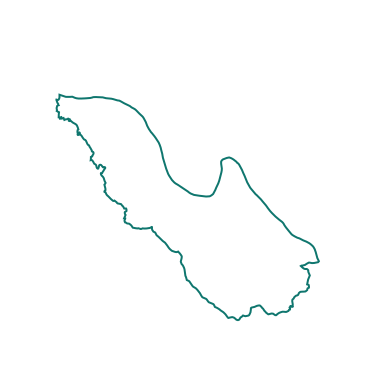 outline of Song Lo, Vĩnh Phúc, Vietnam, rotated 149°
{"feature_id": "81297802B72352297629850", "entity_name": "Song Lo", "entity_type": "district", "adm_level": 2, "iso_a3": "VNM", "parent_name": "Vietnam", "parent_adm1": "Vĩnh Phúc", "projection": "equal_earth", "projection_center": [105.409, 21.426], "detail": "fine", "context": "isolated", "style": "outline", "palette": "teal", "viewbox_px": 384, "rotation_deg": 149, "n_neighbors": 0, "source": "geoboundaries", "source_scale": "gbopen_adm2", "svg_char_len": 6001}
<svg xmlns="http://www.w3.org/2000/svg" viewBox="0 0 384 384"><g transform="rotate(149 192 192)"><path d="M231.6,81.8L230.1,79.6L228.9,77.2L228.5,75.9L227.0,72.7L226.3,69.9L226.1,67.3L225.9,65.7L225.7,65.3L225.2,65.1L224.6,65.0L222.6,64.3L221.9,64.0L221.5,63.6L220.7,62.6L220.4,61.9L219.7,59.6L218.6,58.5L217.3,58.3L216.8,58.5L215.1,59.4L214.8,59.5L214.3,59.4L212.8,59.6L212.0,59.9L211.8,59.8L210.8,58.6L210.1,58.0L207.6,57.1L207.0,57.0L206.4,57.1L205.8,57.4L203.8,58.8L202.1,60.9L201.3,62.1L200.8,62.2L200.3,62.2L197.6,61.3L195.1,61.0L193.8,60.6L192.7,60.1L192.2,59.6L191.7,57.9L191.5,56.2L191.2,55.5L191.1,52.6L190.8,51.9L190.7,50.7L190.2,49.3L189.6,47.9L189.2,47.7L186.5,46.9L185.3,46.1L184.1,43.6L183.4,43.1L182.9,43.1L181.7,43.4L179.4,43.5L177.3,43.1L176.2,42.8L175.3,42.3L173.4,40.9L172.7,40.6L170.6,40.4L169.4,41.1L168.6,40.8L168.1,41.3L167.8,42.1L167.8,42.8L167.6,42.9L167.0,43.0L166.3,43.5L165.9,43.2L165.7,42.3L164.9,41.8L164.6,41.9L164.5,42.0L164.9,42.5L163.7,43.5L163.3,44.3L162.4,46.6L161.7,47.7L161.1,48.1L159.8,48.3L158.6,49.1L156.7,49.5L155.9,49.5L155.2,49.2L153.9,49.2L152.5,50.3L151.1,50.6L150.3,50.5L149.6,50.2L148.4,49.5L146.2,48.4L145.8,48.3L143.8,48.6L142.7,49.8L142.0,49.9L141.3,49.7L141.0,49.9L140.7,50.2L140.1,51.5L139.9,52.4L140.9,53.5L137.6,57.1L134.0,59.8L133.5,63.3L133.1,64.4L132.7,65.0L132.8,65.8L133.0,66.4L133.3,66.9L134.9,67.9L135.6,68.8L136.2,70.3L136.8,72.5L136.0,72.5L134.9,71.9L134.0,71.7L132.9,71.3L130.0,71.4L128.2,71.3L127.7,71.0L125.8,69.3L124.0,68.3L120.1,66.9L118.9,67.3L118.6,70.8L116.9,76.8L116.6,78.3L116.3,79.6L116.2,81.8L116.3,83.1L116.7,84.6L117.2,86.2L117.9,87.8L119.5,90.5L121.6,93.3L123.8,96.9L125.3,98.6L126.9,101.2L128.1,103.5L128.5,104.8L129.1,108.8L129.7,113.2L129.9,115.9L129.8,117.6L129.9,118.7L130.2,120.0L131.5,123.3L133.1,128.0L134.4,133.2L134.9,135.9L135.3,139.5L135.3,139.9L135.5,142.4L136.4,147.9L136.7,150.1L138.2,156.2L138.6,157.3L139.7,164.2L139.9,165.8L139.7,171.9L138.6,178.9L138.3,181.8L137.8,185.1L137.6,189.1L137.5,191.3L137.7,192.7L138.2,193.6L138.4,195.1L139.7,198.5L140.5,200.0L141.2,201.1L142.4,202.5L144.8,203.3L148.7,204.0L149.9,203.8L151.2,203.2L151.9,202.2L152.6,200.9L154.3,196.8L155.3,195.3L156.7,193.7L162.7,187.8L165.0,185.9L169.2,183.1L170.9,181.8L174.9,179.4L177.1,179.1L179.0,179.2L180.6,180.0L182.3,180.9L187.6,185.0L191.8,188.5L194.0,191.5L194.9,193.4L195.3,194.6L200.5,205.6L201.7,207.8L202.3,209.4L203.0,212.6L203.2,217.9L203.1,219.9L202.1,225.4L199.3,236.3L197.8,240.2L196.8,243.7L196.0,246.2L195.4,249.1L195.1,251.5L195.3,257.0L195.5,259.3L196.0,263.0L196.3,264.3L196.5,268.4L196.3,271.9L195.6,275.8L195.4,279.6L195.4,281.2L195.6,282.4L196.7,286.2L197.8,290.9L198.4,292.6L199.7,294.8L200.2,295.6L201.0,297.7L204.4,302.9L206.2,306.1L207.2,307.7L208.8,309.0L211.8,312.3L213.2,313.6L217.4,316.7L219.8,319.1L225.8,323.1L227.9,324.2L229.0,324.4L230.8,325.0L235.0,327.1L238.9,329.2L241.3,330.7L242.8,331.9L243.9,333.1L245.5,335.3L248.0,336.6L251.2,338.6L255.5,343.6L256.9,341.3L257.8,340.4L258.9,339.9L259.4,339.9L259.8,340.1L260.6,341.0L260.8,340.8L261.4,337.8L261.4,336.2L261.7,335.7L261.7,335.1L262.3,335.3L263.3,335.2L264.7,333.8L265.1,333.1L265.5,331.9L265.8,331.3L266.2,331.1L265.6,329.8L265.1,329.3L264.9,328.8L265.9,327.6L267.8,324.7L266.5,323.8L265.4,323.5L265.5,322.8L267.3,323.6L267.5,322.9L265.7,321.9L264.0,321.6L264.3,319.5L262.8,319.3L261.3,318.6L260.4,318.7L259.5,317.4L260.6,316.8L260.9,316.5L260.8,316.2L260.2,315.7L259.3,315.8L259.2,315.2L258.4,312.9L256.8,310.1L256.4,308.8L256.4,308.2L256.7,306.1L257.2,304.1L258.1,304.0L258.9,303.1L259.4,302.2L259.8,301.0L260.0,300.6L260.5,300.1L260.5,299.9L260.4,299.6L259.2,299.2L259.0,299.3L259.2,300.1L259.2,300.8L259.0,301.2L258.6,301.3L258.0,301.2L257.7,300.7L258.1,299.5L258.1,298.8L257.7,296.9L257.7,294.8L257.5,293.0L257.3,292.4L256.7,291.6L256.5,290.5L256.9,287.3L256.9,286.2L256.3,285.1L256.3,284.5L256.5,283.8L256.4,282.4L256.5,279.2L256.8,278.7L256.8,278.4L256.7,277.9L256.2,277.4L256.1,276.8L256.3,276.1L256.8,275.5L257.5,275.0L258.9,274.4L259.2,273.9L259.6,273.9L260.6,274.1L261.8,272.2L262.4,271.5L262.0,271.4L261.5,271.0L261.2,270.4L261.1,268.6L261.2,267.5L261.2,266.5L260.5,265.3L260.4,264.9L260.4,264.1L261.0,262.4L261.1,261.4L261.0,261.0L260.8,260.6L260.3,260.4L259.4,261.1L257.9,262.6L257.2,262.8L256.6,262.6L256.0,261.9L255.9,261.4L255.6,259.1L255.4,258.9L254.6,258.8L253.8,257.9L253.9,257.4L254.3,257.0L255.1,256.8L257.3,255.6L258.6,255.0L259.3,254.5L259.9,254.6L260.3,255.0L260.6,254.8L260.9,254.1L261.0,252.9L260.9,252.3L260.6,251.3L260.5,250.6L260.5,249.3L261.2,246.6L261.4,244.3L262.4,243.7L263.3,243.4L264.4,239.7L265.0,238.5L265.3,238.1L266.2,238.0L266.8,237.6L267.0,237.2L266.9,236.9L266.3,236.3L266.6,233.9L266.4,232.6L266.0,231.5L265.1,227.6L264.2,225.0L263.6,224.6L262.9,224.6L262.2,222.8L261.9,222.1L261.9,221.4L261.7,220.6L259.2,218.3L259.0,217.9L258.9,216.5L258.5,215.0L258.6,212.7L257.0,211.8L257.0,211.5L257.3,210.5L257.9,209.5L258.2,209.4L259.8,209.4L260.1,209.2L260.7,208.0L260.9,206.8L260.8,206.5L263.6,204.5L263.1,204.2L262.8,203.8L263.0,203.5L264.4,202.5L264.9,201.5L265.0,200.6L264.7,200.5L264.1,198.9L263.5,198.2L262.3,197.3L262.0,196.8L261.3,194.8L261.2,194.1L261.2,193.1L261.1,191.9L259.1,190.1L257.6,188.9L256.6,188.5L255.0,186.7L254.3,186.4L253.2,186.3L251.3,185.0L249.6,184.1L246.9,183.0L246.1,182.8L244.6,182.8L244.4,182.6L244.5,182.3L245.2,181.3L245.6,180.0L245.5,177.9L244.4,176.2L244.6,173.4L244.6,173.1L243.8,170.9L242.3,165.1L241.2,162.4L240.8,158.9L240.7,156.6L240.5,155.0L240.0,153.3L239.5,151.9L237.5,149.5L236.5,148.6L235.3,148.1L234.6,148.1L234.1,145.7L233.9,143.8L233.9,142.2L234.3,141.5L235.1,140.5L237.4,138.2L237.6,137.7L238.0,135.6L237.7,134.2L237.7,133.0L237.9,131.0L238.3,129.5L240.8,123.6L241.0,122.0L241.8,119.2L240.6,117.5L240.3,116.7L240.0,111.4L239.8,110.3L238.3,107.5L237.8,105.3L237.3,101.1L237.4,99.3L237.4,96.9L237.1,96.1L235.0,93.2L234.8,92.6L234.7,91.9L234.6,90.2L234.4,88.9L232.0,85.7L231.4,84.8L231.3,83.4L231.6,81.8Z" fill="none" stroke="#0f766e" stroke-width="2"/></g></svg>